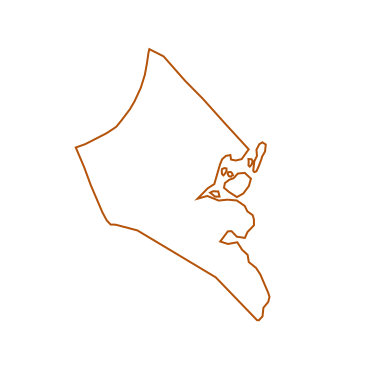 outline of Ikelau, Palau, rotated 329°
{"feature_id": "81905179B16358514797122", "entity_name": "Ikelau", "entity_type": "district", "adm_level": 2, "iso_a3": "PLW", "parent_name": "Palau", "parent_adm1": "", "projection": "natural_earth1", "projection_center": [134.481, 7.339], "detail": "fine", "context": "isolated", "style": "outline", "palette": "amber", "viewbox_px": 384, "rotation_deg": 329, "n_neighbors": 0, "source": "geoboundaries", "source_scale": "gbopen_adm2", "svg_char_len": 2004}
<svg xmlns="http://www.w3.org/2000/svg" viewBox="0 0 384 384"><g transform="rotate(329 192 192)"><path d="M181.7,335.3L183.3,336.4L188.4,334.9L193.6,328.0L200.7,325.5L204.4,321.8L205.4,317.7L208.1,297.9L207.8,290.1L204.6,281.3L207.3,274.5L205.2,267.4L204.9,258.4L196.1,255.1L190.7,249.0L202.4,244.2L205.7,245.9L207.4,253.4L213.7,258.6L218.9,254.9L228.0,252.4L230.9,247.5L232.1,243.2L229.5,237.1L230.0,231.1L226.0,222.3L218.4,216.8L210.5,213.1L203.1,203.3L193.3,200.6L207.6,196.9L215.2,196.7L230.2,182.8L234.8,179.4L239.7,178.5L243.9,180.1L242.2,184.3L245.7,187.5L251.5,189.4L262.6,184.6L255.6,150.4L249.4,118.1L243.3,92.9L237.5,61.1L229.0,47.6L226.5,50.1L219.4,58.8L211.9,67.3L201.9,76.2L189.9,84.4L181.6,89.0L168.7,94.2L161.3,96.9L160.3,97.1L157.0,97.3L149.0,97.6L125.1,96.0L115.3,94.0L112.3,115.4L108.8,133.8L104.7,163.4L104.3,172.5L105.5,178.0L109.6,180.6L125.4,196.8L168.4,277.4L180.7,330.8L181.7,335.3ZM224.3,201.9L221.6,204.8L223.8,211.3L224.2,212.0L227.9,219.5L235.2,219.7L243.8,216.2L249.4,210.9L247.6,204.7L247.1,202.8L240.8,199.8L234.7,201.6L230.2,200.7L229.4,200.8L224.8,201.3L224.3,201.9ZM276.2,193.9L279.7,189.3L277.9,185.7L274.3,185.7L269.0,189.0L266.3,194.5L261.2,197.8L255.5,205.2L255.5,206.5L255.8,207.1L258.0,207.4L261.7,204.8L263.1,203.8L264.9,202.4L268.5,199.5L270.3,197.8L275.6,194.8L276.2,193.9ZM208.9,206.4L209.4,207.8L213.2,210.1L214.8,205.1L210.4,202.2L208.5,202.0L207.2,201.9L208.9,206.4ZM227.4,193.9L228.8,193.6L230.8,192.7L232.4,191.7L233.7,189.6L232.0,188.1L230.8,188.0L229.6,187.8L228.4,189.1L227.6,190.8L227.0,192.1L227.4,193.9ZM254.9,197.2L254.2,198.1L254.1,198.8L254.6,200.0L254.9,199.9L255.8,199.7L257.6,199.0L259.9,196.6L260.0,196.2L259.9,194.6L258.8,193.8L257.4,192.8L256.4,194.8L255.1,196.9L254.9,197.2ZM233.2,193.7L232.8,194.0L231.9,194.9L231.8,196.1L231.8,197.4L232.4,198.2L233.3,198.9L233.8,198.7L234.5,198.5L235.7,198.7L236.0,196.8L235.9,196.0L235.8,195.3L235.5,194.9L235.1,194.5L234.3,194.2L233.2,193.7Z" fill="none" stroke="#b45309" stroke-width="2"/></g></svg>